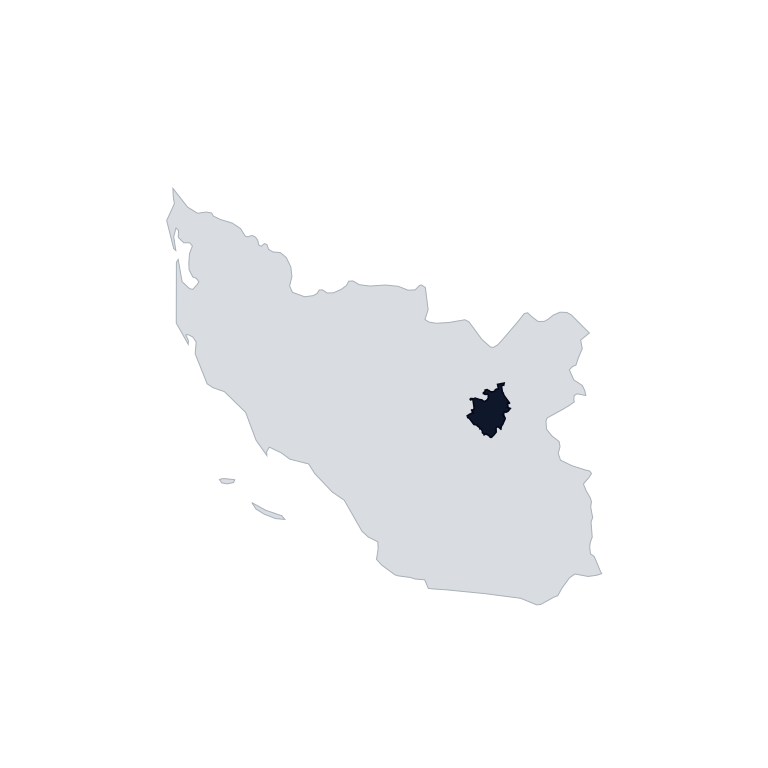 location of Distrito Central, Francisco Morazán, Honduras, rotated 228°
{"feature_id": "27666195B1179860840093", "entity_name": "Distrito Central", "entity_type": "district", "adm_level": 2, "iso_a3": "HND", "parent_name": "Honduras", "parent_adm1": "Francisco Morazán", "projection": "robinson", "projection_center": [-87.243, 14.133], "detail": "fine", "context": "in_parent", "style": "filled", "palette": "ink", "viewbox_px": 768, "rotation_deg": 228, "n_neighbors": 0, "source": "geoboundaries", "source_scale": "gbopen_adm2", "svg_char_len": 6724}
<svg xmlns="http://www.w3.org/2000/svg" viewBox="0 0 768 768"><g transform="rotate(228 384 384)"><path d="M670.6,358.0L646.8,356.4L635.6,359.7L630.7,367.0L626.5,370.3L623.0,369.5L615.9,372.4L605.1,378.9L595.5,381.4L586.8,379.8L584.3,381.4L583.6,383.6L582.3,385.6L579.0,386.8L575.1,386.2L570.8,383.9L568.5,384.9L568.3,389.1L565.9,390.3L561.5,388.3L556.5,389.8L551.0,394.9L543.3,396.0L533.2,393.0L525.5,387.5L520.0,379.4L513.4,377.3L501.9,383.4L497.1,390.4L496.0,394.8L497.2,398.7L495.1,401.3L489.7,402.6L485.6,407.4L482.9,415.7L482.3,422.1L484.0,426.6L481.3,429.9L474.3,432.1L466.1,439.2L456.5,451.4L447.1,459.9L437.6,464.7L433.1,470.1L433.4,475.9L432.8,477.8L431.0,478.5L428.0,479.3L409.7,466.5L404.5,457.6L399.9,458.9L394.2,463.4L386.2,473.5L377.6,487.1L373.4,488.7L351.8,486.6L340.4,487.8L338.0,489.7L337.0,494.7L337.6,501.4L340.8,525.5L342.5,535.4L340.8,538.4L335.0,538.9L327.5,540.3L323.3,544.9L322.3,549.5L321.9,556.1L319.6,562.8L314.9,567.7L310.3,569.4L284.5,570.7L285.0,559.5L277.6,555.0L273.3,545.7L269.6,539.4L270.9,535.7L270.5,531.2L260.0,527.8L250.2,530.4L244.6,528.7L240.4,526.3L247.6,520.8L248.1,517.5L245.8,515.0L243.4,513.4L244.1,507.2L245.6,499.8L249.6,482.6L248.1,479.6L241.6,474.5L233.3,474.0L224.1,475.6L219.7,472.9L215.8,467.0L209.3,464.2L197.7,468.9L185.5,476.0L181.7,478.6L178.6,478.3L177.2,472.9L176.6,466.6L175.9,465.1L169.3,462.8L161.7,461.2L157.8,459.5L154.2,455.2L145.1,449.7L143.0,445.6L130.8,436.2L128.4,431.5L125.6,428.1L119.7,423.8L115.1,424.8L99.7,419.4L97.4,418.9L99.5,414.2L104.4,406.9L115.0,398.8L115.9,392.2L113.2,379.6L110.4,371.4L111.9,367.7L115.3,353.0L117.8,349.6L133.2,342.2L134.6,341.1L146.7,330.7L160.2,319.2L174.2,306.4L189.8,292.2L198.4,283.8L202.4,280.2L211.3,283.2L218.4,276.5L222.5,274.2L232.0,266.1L235.0,264.4L250.9,261.1L258.7,261.1L265.4,269.3L270.8,273.8L280.9,269.9L289.3,269.1L324.2,276.7L338.1,273.3L363.6,272.6L375.0,274.5L391.2,263.7L401.6,261.6L413.8,256.5L412.2,251.4L409.2,249.1L427.8,251.3L455.5,262.2L485.1,260.3L495.7,254.4L502.5,252.7L532.8,263.9L540.8,272.5L547.0,273.4L551.8,271.4L553.1,269.6L547.2,267.7L544.5,265.1L568.3,270.4L613.3,311.1L614.3,314.4L595.1,302.4L584.9,303.3L582.3,305.2L582.9,311.8L583.9,314.9L588.2,315.2L591.4,313.5L599.3,315.6L604.6,320.0L611.0,326.7L614.8,334.0L618.9,334.1L623.0,329.7L630.6,329.2L635.6,334.1L639.1,333.8L634.1,326.2L622.5,318.6L625.3,318.3L650.9,331.9L658.3,348.9L664.3,352.8L670.6,358.0ZM369.1,211.7L354.4,219.9L349.7,219.7L356.5,213.4L367.4,207.9L376.7,205.2L384.3,206.4L369.1,211.7ZM419.7,202.9L412.7,209.0L411.4,206.2L414.8,200.6L419.0,197.3L423.1,197.7L422.1,200.1L419.7,202.9Z" fill="#d9dde1" stroke="#a8b0b8" stroke-width="1"/><path d="M272.1,440.7L273.1,441.6L274.2,443.5L274.3,443.8L274.4,444.1L274.5,444.2L274.5,444.3L274.6,444.5L274.4,444.8L274.4,445.0L274.6,445.2L277.0,450.7L277.3,450.8L277.5,450.8L277.8,450.9L277.9,451.2L277.9,451.3L278.0,451.3L278.6,451.5L278.8,451.4L279.0,451.5L279.3,451.3L279.6,451.3L279.7,451.5L279.9,451.7L279.9,451.8L280.0,451.8L280.0,451.7L280.2,451.9L280.4,451.9L280.5,452.0L280.6,451.9L280.8,451.7L280.8,451.4L281.0,451.4L281.3,451.5L281.5,451.5L281.8,451.6L281.7,451.7L281.7,451.8L281.6,452.0L281.6,452.3L281.6,452.5L281.4,452.7L283.0,454.7L283.0,454.8L282.9,455.0L282.7,455.1L282.4,455.2L282.2,455.2L282.0,455.3L281.9,455.4L281.8,455.5L281.7,455.6L281.3,455.8L280.7,457.9L281.3,461.6L284.0,460.1L283.9,460.7L284.0,460.8L285.3,461.6L285.4,461.8L285.6,461.8L286.0,462.1L286.4,462.3L286.6,462.3L286.8,462.5L287.1,462.8L287.2,463.0L286.8,463.3L286.6,463.3L286.4,463.3L286.3,463.6L286.2,463.7L286.0,463.8L285.9,464.1L285.7,464.3L285.9,464.6L292.6,465.3L294.0,465.4L295.3,465.7L295.6,465.7L295.8,465.7L296.8,466.2L297.0,466.4L297.3,466.5L297.6,466.6L298.4,466.7L298.6,466.6L298.8,466.6L302.5,469.1L302.9,469.3L303.1,469.3L303.3,469.4L303.3,469.5L303.5,469.5L303.6,470.0L303.8,470.1L303.9,470.4L303.9,470.6L303.8,471.2L303.6,471.4L303.5,471.6L303.3,471.8L303.2,471.9L303.0,472.0L302.9,472.1L304.3,474.0L307.8,468.1L304.0,465.9L304.0,465.6L304.1,465.4L304.5,464.8L304.7,464.5L304.9,464.4L305.0,463.9L305.1,463.6L305.2,463.4L305.2,463.2L305.3,462.9L305.2,462.7L304.9,462.3L304.8,462.0L304.7,461.8L304.6,461.4L304.6,461.1L304.8,461.0L305.0,460.7L305.2,460.3L305.3,460.0L305.4,459.6L305.6,459.4L305.8,459.2L306.0,459.0L306.0,458.9L306.5,458.5L307.0,458.2L307.3,458.0L307.4,457.9L307.6,457.8L307.7,457.7L308.9,457.7L309.6,457.2L310.8,457.0L311.9,455.1L310.5,453.5L310.4,453.3L310.4,453.2L310.5,453.2L310.8,452.9L310.9,452.7L311.0,452.7L311.0,452.8L311.1,452.5L311.0,452.3L311.0,452.2L311.0,451.9L310.9,451.8L310.8,451.7L310.7,451.6L310.4,451.4L310.3,451.5L310.2,451.6L310.1,451.8L309.9,451.8L309.7,451.9L309.2,451.9L309.1,452.0L308.8,452.1L308.7,452.3L308.4,452.4L306.8,454.2L306.6,454.1L306.4,454.3L306.1,454.4L305.9,454.4L305.0,453.1L304.8,452.9L304.6,452.7L304.3,452.6L304.1,452.5L304.0,452.4L303.8,452.4L303.7,452.3L303.7,452.0L303.6,451.3L303.2,449.3L303.7,447.4L304.4,446.5L306.6,446.2L308.7,444.5L312.6,442.3L312.6,442.2L312.6,441.8L312.7,441.6L312.8,441.5L312.9,441.4L312.9,441.2L313.0,441.0L313.0,440.9L313.2,440.4L313.3,440.3L313.5,440.2L313.8,440.0L314.1,439.9L314.3,439.8L314.5,439.5L314.7,439.2L314.9,439.0L315.1,438.9L315.2,438.7L315.1,437.8L314.3,437.6L313.2,439.8L305.7,434.8L305.7,434.7L305.4,434.7L305.4,434.8L305.2,434.7L305.1,434.4L305.1,434.1L305.1,433.9L305.1,433.6L305.0,433.4L305.1,433.1L305.2,432.8L305.3,432.7L305.9,432.2L306.0,431.9L306.1,431.7L305.8,431.4L305.5,431.4L305.3,431.4L305.1,431.4L304.8,431.3L304.6,431.3L304.5,431.2L304.4,431.1L304.0,431.2L303.6,431.3L303.2,431.2L302.9,431.2L302.8,430.8L302.9,430.7L303.1,430.6L303.3,430.4L303.3,430.2L303.6,429.9L303.7,429.7L303.8,429.3L303.8,429.2L303.8,428.9L303.8,428.7L303.9,428.4L304.1,428.0L304.2,427.6L304.3,427.2L304.4,426.5L304.4,426.1L304.8,424.6L303.0,423.7L301.4,424.4L293.8,423.7L293.7,423.8L292.6,424.6L291.6,425.4L290.1,425.3L289.1,425.7L287.2,425.7L286.3,425.2L285.5,426.3L283.0,425.4L282.4,424.9L282.2,424.7L281.9,424.5L281.7,424.4L281.4,424.5L281.2,424.7L280.7,424.8L280.1,424.8L279.7,424.6L279.4,424.4L279.2,424.3L278.7,426.1L278.6,426.3L278.5,426.5L278.3,426.7L278.2,426.7L277.9,426.6L277.8,426.8L277.7,426.8L277.4,426.9L277.2,426.9L277.1,427.0L276.8,427.1L276.7,427.1L276.3,427.1L276.2,427.1L275.9,427.1L275.7,427.3L275.5,427.5L275.3,427.6L275.2,427.6L274.9,427.5L274.4,427.4L274.1,427.2L273.7,427.3L273.1,427.5L272.8,427.6L272.7,427.7L272.6,427.8L272.5,428.0L272.4,428.4L272.6,431.6L273.1,434.9L273.1,435.1L273.3,435.3L273.5,435.5L273.9,435.8L274.1,435.9L274.3,436.2L274.4,436.3L274.6,436.5L274.8,436.7L275.1,436.7L275.4,436.7L275.6,436.8L275.7,437.0L275.8,437.1L276.0,437.3L276.5,439.2L275.7,440.3L272.1,440.6L272.1,440.7Z" fill="#0f172a" stroke="#020617" stroke-width="1.5"/></g></svg>